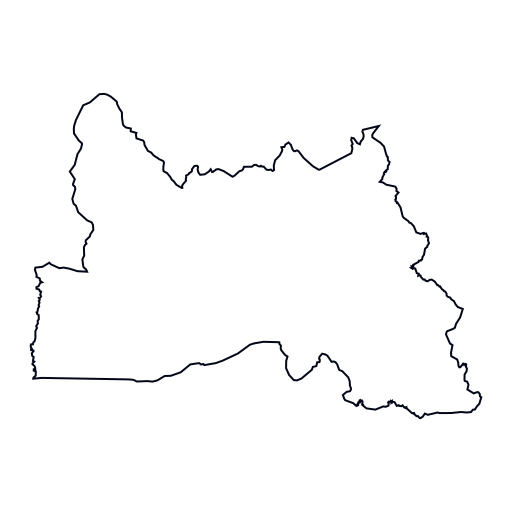 Wang Saphung, Loei, Thailand (Natural Earth projection)
{"feature_id": "78962969B13913499788092", "entity_name": "Wang Saphung", "entity_type": "district", "adm_level": 2, "iso_a3": "THA", "parent_name": "Thailand", "parent_adm1": "Loei", "projection": "natural_earth1", "projection_center": [101.796, 17.291], "detail": "fine", "context": "isolated", "style": "outline", "palette": "ink", "viewbox_px": 512, "rotation_deg": 0, "n_neighbors": 0, "source": "geoboundaries", "source_scale": "gbopen_adm2", "svg_char_len": 6011}
<svg xmlns="http://www.w3.org/2000/svg" viewBox="0 0 512 512"><path d="M33.3,378.7L41.5,377.9L128.7,379.4L133.3,379.8L136.9,381.5L147.6,381.1L152.5,381.6L157.4,380.4L164.7,376.0L170.8,375.8L180.7,372.3L190.3,364.4L199.1,363.1L201.1,364.5L203.3,364.0L204.3,365.1L215.8,363.1L222.3,360.8L237.9,353.5L249.8,344.8L253.6,343.5L263.2,341.8L278.4,342.2L279.3,342.3L279.4,343.9L280.9,345.6L280.7,348.5L281.3,350.3L285.2,355.1L287.5,356.5L286.2,361.0L286.1,368.2L289.1,375.0L293.8,380.1L297.0,380.4L301.5,378.5L311.8,369.8L312.9,366.9L316.3,366.1L317.2,362.3L319.3,362.1L319.7,361.6L319.8,359.7L319.1,358.8L319.5,356.8L322.2,353.7L325.7,354.6L327.4,355.7L331.6,361.8L333.8,361.5L335.6,362.3L337.2,364.4L339.2,369.9L342.3,371.2L348.3,377.4L349.7,381.3L349.9,385.4L351.0,388.6L350.8,389.9L350.0,391.2L346.6,391.9L342.9,395.0L344.2,398.6L345.2,400.2L353.3,403.2L356.4,406.0L358.1,405.2L358.2,404.2L357.0,405.0L358.4,402.4L358.8,402.9L359.6,402.6L359.0,402.0L360.0,401.4L359.7,400.4L360.2,400.0L361.0,401.0L361.9,400.5L362.6,401.6L362.2,403.9L362.9,404.5L362.4,405.0L366.5,408.4L375.4,409.6L383.3,406.4L385.6,406.8L388.5,405.6L388.7,403.4L388.1,402.7L388.6,401.7L390.1,401.8L390.6,401.0L391.0,401.6L391.7,401.1L391.6,401.9L392.1,401.3L392.3,402.2L392.7,401.7L394.5,402.1L396.8,405.9L398.6,405.2L398.8,405.8L401.4,406.2L402.5,405.3L404.3,407.5L404.9,407.2L405.6,408.0L406.5,407.3L406.7,408.4L412.1,413.2L413.8,413.0L413.8,413.6L414.3,413.5L414.7,414.5L416.6,416.2L417.8,416.0L419.7,418.1L420.6,418.1L422.9,416.5L424.8,413.6L427.8,414.8L437.6,412.5L439.4,413.1L451.4,413.0L461.1,412.0L466.3,412.5L471.0,412.1L472.9,409.7L474.9,409.5L477.1,406.1L479.3,403.9L481.3,397.2L480.1,396.5L479.6,393.7L478.3,392.2L476.8,392.2L473.8,393.4L467.4,389.5L468.5,384.7L467.2,381.7L464.8,380.9L464.5,380.2L464.6,374.5L466.6,371.2L466.9,368.6L466.0,366.8L466.2,364.3L465.1,363.8L464.1,365.0L463.1,363.7L460.4,367.2L459.3,367.3L458.5,366.0L458.2,362.5L457.2,359.5L451.3,356.2L451.0,352.8L452.5,345.1L450.0,343.5L446.0,334.4L446.6,332.0L447.4,331.1L453.1,328.9L454.9,327.7L456.1,323.7L460.1,317.5L462.8,309.0L457.8,307.0L455.6,304.4L454.0,301.2L451.4,299.4L450.2,297.6L447.8,296.8L446.6,295.5L446.5,293.5L445.2,291.5L443.8,291.0L443.2,289.9L442.0,289.4L440.1,286.4L439.4,286.6L438.1,285.1L437.3,285.1L434.7,281.5L431.7,279.6L429.6,279.9L427.7,281.3L425.5,280.7L424.7,279.5L423.3,279.6L420.7,276.7L420.6,275.6L419.3,275.2L418.3,275.7L418.7,273.7L416.8,273.2L415.3,268.7L414.1,268.1L412.5,268.8L411.1,267.8L412.1,267.5L411.7,266.4L412.4,266.6L412.8,265.5L413.4,265.9L413.6,264.6L418.5,262.0L418.9,260.7L420.8,260.6L421.1,259.8L422.1,259.5L422.5,257.0L424.0,254.8L425.1,248.6L427.3,246.8L427.2,246.0L428.8,243.6L428.9,242.7L427.9,240.3L428.3,238.0L427.6,236.6L426.7,236.6L426.8,235.0L426.1,233.5L424.7,233.8L424.3,233.2L423.6,233.8L423.2,233.0L420.6,233.9L416.3,232.4L413.8,226.2L410.8,223.0L409.3,222.6L408.3,221.1L403.6,217.7L402.6,216.1L400.5,207.4L397.5,202.6L396.8,202.9L396.4,201.5L395.5,200.9L395.3,199.5L395.9,199.1L396.1,197.1L395.5,196.1L398.5,192.5L396.4,191.0L396.6,188.7L395.3,186.6L386.3,184.7L383.0,182.5L379.8,181.8L382.4,178.9L382.3,177.6L384.2,174.1L383.9,172.9L384.8,171.9L385.7,172.1L386.0,171.6L385.5,171.4L385.6,170.7L387.7,169.3L387.9,165.7L388.9,164.6L389.6,162.1L387.9,160.4L387.8,157.0L387.0,156.5L386.1,154.0L384.0,146.5L380.6,142.9L372.4,137.3L372.2,135.3L372.9,133.6L378.8,126.0L362.9,129.8L362.4,131.7L363.6,134.6L363.6,136.8L362.7,139.3L360.8,141.4L359.9,144.3L357.3,143.1L353.8,138.3L351.6,137.8L351.2,140.1L352.7,144.0L351.5,145.6L352.2,147.1L352.3,149.2L351.3,153.2L319.7,169.6L318.7,169.7L313.0,166.3L303.8,158.1L298.5,151.2L296.9,150.4L294.7,151.3L293.7,150.9L292.5,149.2L290.8,144.7L288.5,142.5L285.5,144.5L284.4,146.9L281.4,147.2L282.3,149.7L281.9,151.3L279.7,155.5L275.1,160.3L273.8,165.4L274.0,170.1L272.6,171.0L270.7,169.5L269.1,170.0L266.5,169.7L263.7,166.6L262.2,166.6L260.8,165.8L260.1,166.5L258.3,166.2L255.9,164.8L254.1,165.0L251.9,166.7L243.9,166.8L243.1,169.2L241.8,170.5L239.4,171.2L234.5,175.7L232.5,176.7L223.7,171.1L218.5,169.1L216.3,169.4L212.8,172.0L212.0,171.9L210.7,169.3L208.8,171.6L204.8,174.3L200.2,174.8L198.4,172.5L197.6,169.2L198.1,167.0L197.4,165.9L195.3,165.8L194.3,166.1L192.0,169.2L191.9,171.1L190.5,172.5L189.4,172.8L188.5,174.3L186.1,175.6L186.2,177.8L185.7,179.1L186.1,180.6L182.7,184.6L182.1,186.1L182.3,187.9L181.6,187.9L176.4,184.8L173.7,181.2L171.7,179.6L170.3,177.0L167.1,173.1L163.7,171.3L163.3,170.0L163.4,166.4L164.0,162.7L163.3,161.1L159.3,159.2L153.6,155.4L151.1,152.5L147.9,150.9L144.5,144.9L144.2,142.2L143.2,140.6L136.5,138.4L135.9,134.7L136.4,132.9L130.7,131.3L130.8,128.5L125.9,127.5L123.7,125.7L122.9,124.1L122.0,117.3L121.9,112.3L119.3,108.5L117.2,104.2L116.7,101.6L110.8,96.6L107.1,94.6L104.1,93.9L99.4,94.2L89.9,102.4L83.2,105.3L76.1,119.7L74.3,125.2L73.8,128.7L74.0,133.5L78.9,140.6L81.9,143.3L82.0,144.2L81.0,148.6L77.5,154.1L74.7,164.9L69.8,171.6L74.8,179.1L73.0,184.1L73.2,185.2L74.9,186.8L75.3,189.2L72.3,198.9L73.6,203.7L76.0,205.8L78.2,212.2L87.2,220.4L91.7,222.4L93.0,225.0L93.3,230.0L90.3,234.4L89.8,236.5L85.8,240.3L85.6,242.0L86.5,243.7L84.9,245.1L83.9,247.3L84.2,255.6L82.4,259.4L83.2,265.9L83.7,267.4L86.2,269.6L87.1,271.7L77.5,271.2L69.1,268.6L63.5,267.6L59.4,268.2L50.8,264.3L49.3,262.7L42.5,266.8L35.4,267.6L34.9,269.7L36.7,275.0L36.4,276.8L39.8,278.5L40.0,280.7L42.1,282.3L40.3,282.7L38.6,286.1L36.4,287.2L36.5,288.7L39.1,289.5L39.9,291.2L41.1,291.6L40.2,294.8L41.1,296.2L40.2,297.8L38.9,298.0L39.6,299.3L39.6,300.3L38.8,301.1L39.5,302.6L38.6,305.1L39.2,306.4L38.0,308.4L37.4,312.1L36.6,312.4L37.1,313.9L38.7,315.1L38.8,319.3L37.6,321.0L37.9,323.5L36.2,326.2L37.0,327.9L35.4,331.1L35.4,338.1L34.6,341.2L33.4,342.3L32.9,344.3L31.1,344.3L30.7,345.3L30.9,347.2L31.8,348.7L31.0,349.2L31.1,350.1L33.0,350.3L33.6,351.0L31.8,353.3L32.2,355.8L33.7,357.1L32.9,360.9L34.3,361.6L32.5,363.4L32.5,364.3L34.5,366.0L35.2,368.0L35.3,369.6L33.8,369.3L33.7,370.6L35.8,371.5L35.7,375.6L33.4,377.7L33.3,378.7Z" fill="none" stroke="#020617" stroke-width="2"/></svg>